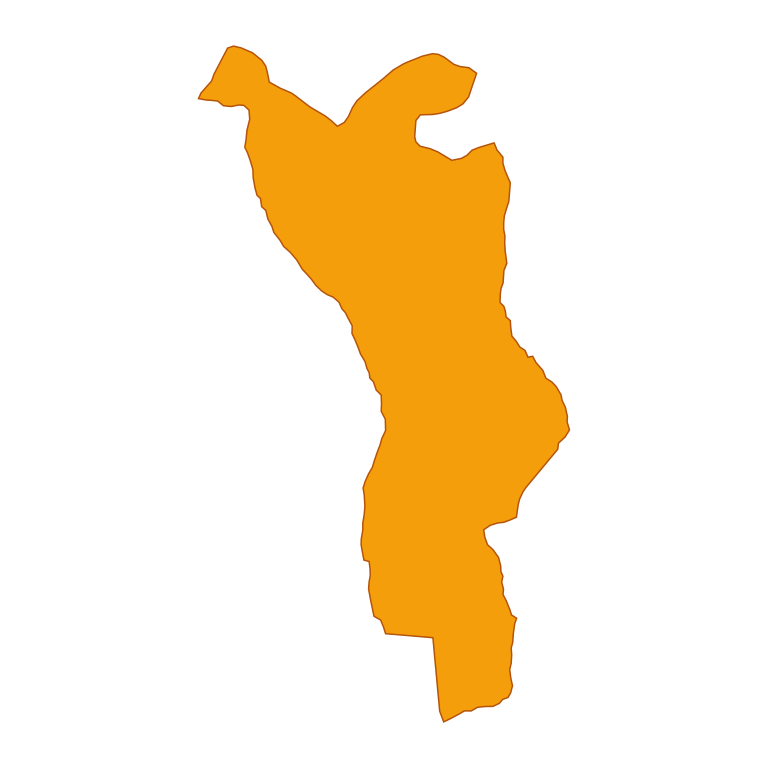 Ivaté, Paraná, Brazil (orthographic projection)
{"feature_id": "56859067B17675681137034", "entity_name": "Ivaté", "entity_type": "district", "adm_level": 2, "iso_a3": "BRA", "parent_name": "Brazil", "parent_adm1": "Paraná", "projection": "orthographic", "projection_center": [-53.427, -23.376], "detail": "fine", "context": "isolated", "style": "filled", "palette": "amber", "viewbox_px": 768, "rotation_deg": 0, "n_neighbors": 0, "source": "geoboundaries", "source_scale": "gbopen_adm2", "svg_char_len": 2874}
<svg xmlns="http://www.w3.org/2000/svg" viewBox="0 0 768 768"><path d="M494.1,142.9L478.2,147.7L471.9,150.3L467.0,155.3L461.4,158.4L451.8,160.3L437.8,151.9L430.1,148.7L420.1,146.2L415.9,141.9L414.7,136.7L415.9,120.5L420.4,114.8L432.5,114.5L439.5,113.4L446.9,111.4L456.5,107.8L462.9,103.9L468.6,96.9L472.4,85.6L476.6,73.3L468.9,67.7L459.8,66.5L453.8,64.3L444.3,57.3L438.5,54.4L432.4,53.7L422.2,56.2L407.7,62.0L403.1,64.1L393.2,70.0L383.0,78.8L365.7,92.6L356.9,100.8L352.5,107.5L348.4,116.6L344.3,122.4L337.3,126.3L331.1,120.5L325.1,115.9L310.0,107.0L295.4,95.8L291.3,93.0L280.2,88.2L269.3,82.1L267.3,72.2L265.7,66.1L261.9,60.4L252.5,52.8L240.9,47.8L233.5,46.1L227.6,48.1L214.1,74.0L211.6,81.0L201.0,93.0L198.5,98.6L206.1,100.0L212.1,100.4L217.8,101.1L223.4,105.7L231.1,106.5L238.9,105.0L243.9,105.4L249.0,110.1L249.7,119.2L246.9,130.6L246.1,139.3L244.8,147.2L247.5,152.8L250.1,160.1L252.9,169.4L253.2,177.8L255.0,187.9L257.0,195.2L260.5,198.6L261.7,206.7L265.8,210.4L267.9,219.0L272.0,226.6L273.8,232.3L280.1,240.4L283.7,246.5L290.1,252.2L296.8,260.0L302.3,269.3L307.4,274.7L311.5,279.4L316.0,285.5L321.6,290.9L327.2,294.6L333.1,297.1L338.9,302.1L342.0,308.9L345.5,312.8L347.8,317.6L352.2,325.8L352.0,333.5L355.1,340.0L358.5,348.4L360.5,354.0L365.1,361.7L366.9,368.3L369.2,372.8L369.8,378.0L373.4,381.8L376.3,390.2L381.2,395.0L381.5,403.8L381.2,411.3L385.3,419.2L385.6,430.5L381.7,438.8L380.1,444.8L377.1,452.6L374.7,459.7L372.4,467.2L368.5,474.0L365.1,481.6L363.1,488.0L364.2,494.7L364.9,506.0L364.2,514.6L362.8,523.0L362.8,530.1L361.3,538.8L361.1,544.7L362.1,550.3L363.9,560.1L369.1,561.5L370.1,569.2L370.2,575.9L369.1,581.8L368.6,589.0L370.6,600.0L374.0,616.3L380.6,620.0L383.5,627.0L385.6,633.7L432.9,637.7L439.7,711.2L443.7,721.9L450.7,718.5L459.1,714.0L464.4,710.9L471.3,710.9L477.5,707.3L485.1,706.5L492.9,706.4L499.4,703.3L502.7,699.4L508.1,697.4L510.7,692.7L512.5,685.7L510.9,678.7L509.7,669.6L511.2,663.2L511.7,654.8L511.2,648.0L512.7,642.4L513.3,633.8L514.7,623.7L516.6,618.3L511.5,614.9L509.9,609.8L506.1,600.4L503.0,594.5L503.5,589.1L501.7,582.1L502.9,576.2L500.9,571.6L500.7,566.0L498.6,557.6L493.0,549.7L487.5,544.7L484.8,537.1L483.7,529.8L490.2,525.3L497.6,523.0L503.7,522.3L509.8,520.1L516.4,517.2L518.2,504.6L519.7,498.8L523.1,491.6L525.9,487.5L557.7,449.3L558.5,443.1L565.1,437.0L569.5,429.9L567.1,422.0L567.4,416.5L565.4,407.4L562.1,400.4L561.0,394.8L556.2,386.6L552.0,382.1L545.9,378.2L542.8,370.4L536.0,362.6L532.7,356.3L528.0,357.2L525.0,350.4L519.8,347.0L516.3,341.4L511.9,336.1L510.8,328.2L510.3,320.6L506.1,317.0L505.4,311.3L503.9,306.4L500.0,302.5L500.3,294.1L501.0,288.6L503.1,282.8L503.9,270.6L506.8,263.3L505.2,251.3L504.7,243.0L504.9,235.8L503.7,229.6L503.7,222.4L504.4,215.6L506.5,208.6L508.8,201.4L510.3,182.8L507.8,177.2L504.9,170.2L502.9,163.2L502.9,157.2L497.0,150.0L494.1,142.9Z" fill="#f59e0b" stroke="#b45309" stroke-width="1.5"/></svg>